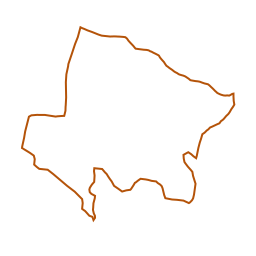 Al-Shikhan, Ninawa, Iraq, rotated 276°
{"feature_id": "34846034B50799597720229", "entity_name": "Al-Shikhan", "entity_type": "district", "adm_level": 2, "iso_a3": "IRQ", "parent_name": "Iraq", "parent_adm1": "Ninawa", "projection": "natural_earth1", "projection_center": [43.409, 36.699], "detail": "fine", "context": "isolated", "style": "outline", "palette": "amber", "viewbox_px": 256, "rotation_deg": 276, "n_neighbors": 0, "source": "geoboundaries", "source_scale": "gbopen_adm2", "svg_char_len": 2613}
<svg xmlns="http://www.w3.org/2000/svg" viewBox="0 0 256 256"><g transform="rotate(276 128 128)"><path d="M98.4,24.7L97.0,24.7L93.1,32.9L90.7,37.2L87.3,38.5L81.8,38.5L79.7,41.4L78.1,44.0L78.1,52.5L74.4,58.4L64.1,73.5L59.1,81.7L55.4,86.2L52.5,89.8L48.6,90.8L42.8,90.8L41.9,92.3L40.9,94.1L36.7,98.7L35.9,101.9L32.8,103.3L35.2,104.6L37.2,104.3L39.5,102.9L43.0,101.7L45.1,101.7L49.5,101.5L54.7,102.3L57.1,102.3L58.7,98.4L60.2,96.7L62.7,96.0L64.5,96.3L66.2,97.1L68.1,98.1L70.8,100.0L75.7,99.8L77.4,99.7L81.5,98.7L84.5,98.7L84.5,106.6L81.6,109.6L80.0,111.6L77.9,113.2L75.6,115.1L73.1,117.4L69.0,120.2L66.4,125.0L64.2,128.8L65.8,132.8L66.8,136.8L67.8,137.5L71.5,139.4L74.2,140.6L74.7,141.4L76.8,143.5L78.8,145.8L78.7,151.0L78.5,153.6L77.9,157.0L77.8,161.6L76.4,163.3L75.1,165.9L73.7,167.6L71.6,168.7L65.1,171.0L62.1,172.5L61.5,179.3L61.7,184.2L61.6,190.8L60.8,193.1L59.7,196.4L60.6,197.5L62.8,199.2L64.8,200.1L68.6,200.6L79.6,201.0L81.2,200.3L87.2,197.7L91.1,196.6L92.8,194.9L95.9,191.5L98.8,188.8L100.1,187.7L103.6,186.6L107.1,186.0L109.7,189.7L110.2,190.5L108.5,193.7L106.7,196.1L105.1,198.9L107.4,199.3L115.7,200.1L121.0,200.9L125.0,201.8L129.6,202.6L131.4,204.7L133.8,206.6L134.9,207.9L137.1,209.6L138.0,211.3L141.1,216.4L142.2,218.4L144.5,219.7L146.0,221.4L147.2,222.4L150.2,224.4L152.4,226.3L154.3,227.4L157.5,228.8L160.2,230.3L162.4,231.3L166.0,230.3L170.4,229.6L173.2,229.3L172.8,228.1L171.6,226.5L170.8,225.3L170.8,223.3L170.4,221.3L170.4,219.6L170.8,217.3L171.2,215.8L172.2,213.1L172.8,212.4L174.0,210.7L175.6,208.8L176.4,207.8L177.2,206.7L178.9,204.5L179.8,203.1L180.0,202.0L180.3,199.5L180.9,196.9L181.5,194.7L181.6,193.8L181.7,192.5L181.7,190.2L181.9,187.0L182.0,185.7L182.1,185.0L183.3,183.3L185.0,180.1L185.4,179.2L185.9,177.4L186.1,176.0L186.5,173.9L186.8,172.8L187.7,171.2L188.5,169.1L189.1,167.9L190.4,165.9L192.0,162.9L193.1,161.2L193.9,159.7L195.5,158.3L197.4,156.8L198.8,155.2L200.2,153.7L201.5,152.4L203.2,151.2L203.6,150.5L204.8,147.4L205.5,145.4L206.4,143.3L206.6,142.1L207.0,141.3L207.4,140.4L207.6,138.4L207.5,135.4L207.6,130.6L207.7,127.3L207.9,127.0L210.3,124.6L213.1,121.3L214.9,119.3L216.8,117.7L217.0,117.4L217.6,116.5L218.0,116.0L218.1,114.2L218.0,110.2L217.7,104.9L217.1,100.6L217.1,96.5L217.1,92.2L217.8,89.0L219.7,82.3L220.9,77.4L222.0,74.0L222.4,72.5L222.7,71.5L223.1,70.5L223.2,70.2L213.2,68.6L206.1,66.6L195.5,64.3L185.3,62.0L183.2,62.0L175.0,61.1L167.1,61.4L151.8,63.3L143.9,63.7L142.7,63.7L138.6,64.0L133.4,63.3L132.9,60.1L132.3,56.8L131.8,54.8L132.3,44.0L131.5,35.9L130.5,30.6L128.9,28.3L113.9,26.1L107.3,25.7L98.4,24.7Z" fill="none" stroke="#b45309" stroke-width="2"/></g></svg>